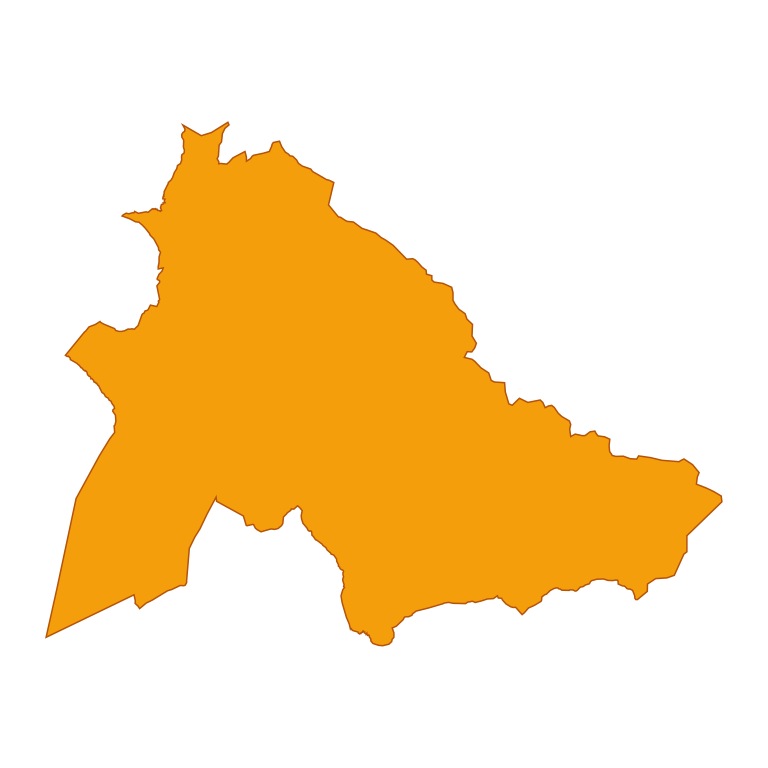 the district of Kwaebibirem, Eastern, Ghana
{"feature_id": "2480657B54074930978119", "entity_name": "Kwaebibirem", "entity_type": "district", "adm_level": 2, "iso_a3": "GHA", "parent_name": "Ghana", "parent_adm1": "Eastern", "projection": "mercator", "projection_center": [-0.887, 6.234], "detail": "fine", "context": "isolated", "style": "filled", "palette": "amber", "viewbox_px": 768, "rotation_deg": 0, "n_neighbors": 0, "source": "geoboundaries", "source_scale": "gbopen_adm2", "svg_char_len": 6096}
<svg xmlns="http://www.w3.org/2000/svg" viewBox="0 0 768 768"><path d="M465.1,313.7L458.8,309.2L454.9,303.9L453.0,300.4L453.0,292.7L451.7,287.3L443.0,283.4L434.2,282.1L431.9,280.1L431.8,275.7L426.5,274.2L426.1,270.2L422.0,267.1L417.6,262.1L415.0,259.8L412.8,258.7L406.6,259.2L393.2,245.4L385.5,240.0L381.2,237.6L375.9,233.1L361.9,228.3L353.4,222.0L347.4,221.4L345.4,220.5L340.6,217.3L338.4,216.9L328.5,204.9L333.8,182.5L329.0,180.2L326.5,179.6L312.5,171.5L310.8,169.1L302.3,166.1L298.5,163.4L296.6,160.0L292.8,156.3L289.9,155.8L288.6,154.2L285.3,152.1L281.7,146.7L279.5,141.2L273.3,142.5L272.1,144.3L271.6,146.4L269.3,151.5L263.4,153.2L253.5,155.3L252.2,156.2L250.5,158.6L246.5,161.2L246.4,157.0L245.0,151.5L233.0,157.8L229.0,162.2L226.7,164.1L221.1,163.5L218.7,163.7L218.9,161.9L217.1,158.7L218.4,156.2L219.1,145.2L221.5,141.9L222.4,133.7L224.9,128.4L229.0,124.9L227.9,122.3L211.5,132.5L201.3,135.7L182.8,125.0L185.0,129.1L184.6,131.4L182.9,132.5L181.7,134.5L181.9,137.3L183.5,139.8L183.7,140.7L183.4,147.0L184.4,150.2L184.1,153.0L181.9,154.7L181.5,157.0L181.7,160.0L180.4,163.6L177.5,165.5L176.7,168.8L174.3,172.6L172.6,177.5L170.9,180.2L168.3,182.5L168.4,183.1L164.1,191.8L164.2,193.4L163.5,195.3L164.0,196.1L163.0,196.9L162.8,198.8L165.0,199.1L164.2,201.0L165.1,202.7L163.1,202.9L163.3,203.7L162.8,204.3L161.7,204.4L161.3,204.8L160.5,207.9L161.6,210.5L160.7,210.7L160.4,211.3L158.9,210.4L157.8,210.5L156.9,209.1L156.4,209.6L155.8,209.4L155.4,208.7L154.8,209.1L153.9,208.7L153.3,209.3L152.3,208.8L148.0,212.4L146.2,211.8L138.3,213.3L134.6,211.4L134.0,212.8L132.2,212.8L128.9,213.8L126.2,213.2L123.3,214.8L122.1,216.0L130.0,218.9L135.5,221.8L138.9,222.2L142.3,225.1L145.2,228.1L149.6,233.7L150.0,235.0L153.9,239.0L158.4,247.4L158.7,249.9L160.5,252.2L159.1,256.8L159.0,262.6L158.2,266.5L158.2,269.0L163.2,267.9L162.0,271.1L159.0,274.3L157.1,278.7L157.3,279.5L159.3,280.5L159.7,281.1L159.6,282.4L156.9,285.9L159.6,299.4L159.5,299.9L158.3,301.1L158.9,302.1L156.8,306.5L150.4,305.1L148.1,309.7L146.6,310.6L145.1,310.9L143.9,313.2L142.5,313.9L141.9,314.8L138.1,325.6L134.3,329.2L131.8,328.8L129.9,329.2L128.2,329.0L124.5,330.8L121.6,331.4L119.0,331.4L115.7,330.5L114.6,328.6L103.9,324.2L100.8,322.5L100.0,321.5L95.5,324.4L89.0,326.9L85.7,331.1L84.4,332.1L65.4,355.3L67.2,356.5L68.2,356.1L70.1,357.9L70.4,359.6L76.9,363.3L78.6,365.0L79.2,365.2L81.0,367.7L82.0,368.0L83.3,369.8L85.0,371.0L85.4,370.6L86.8,371.9L87.6,374.8L89.0,376.2L89.7,376.3L90.7,377.5L90.9,378.9L92.0,378.7L93.7,380.6L93.8,381.8L95.3,382.6L95.7,382.4L96.3,383.6L97.3,384.0L97.8,385.2L98.6,385.6L102.0,392.5L104.1,393.9L105.5,396.6L108.2,398.2L109.2,400.2L110.9,401.1L112.2,403.9L113.9,406.0L114.6,408.4L113.0,409.7L112.7,411.2L115.4,415.1L115.9,421.1L115.0,424.9L114.1,425.9L114.7,432.4L109.7,438.9L99.6,455.4L76.1,498.5L56.9,588.8L46.1,637.3L134.0,594.8L135.3,600.8L135.1,603.4L138.1,606.2L139.6,608.6L146.3,603.0L152.1,600.2L167.5,590.8L171.5,589.6L180.2,585.5L183.9,585.7L185.3,585.1L186.7,582.4L186.6,580.9L189.3,548.4L194.7,537.3L200.0,528.8L207.0,514.2L216.1,497.1L216.6,501.3L243.4,516.0L246.2,525.3L247.0,525.7L252.8,524.4L253.6,524.7L255.4,528.2L257.2,529.7L261.0,531.8L270.0,529.2L271.6,529.0L274.7,529.4L278.1,528.5L281.5,525.7L282.8,523.5L283.5,516.9L286.4,514.1L287.3,512.8L290.7,510.4L291.2,509.0L293.9,509.1L297.6,505.8L299.7,507.6L302.2,510.6L301.2,515.7L301.5,518.6L302.9,523.2L307.0,528.1L307.9,530.0L308.8,530.9L309.9,531.2L310.9,530.9L311.6,531.7L312.0,535.3L313.2,536.3L315.5,539.7L316.9,540.3L322.2,544.2L323.0,545.5L325.8,547.5L327.2,550.0L330.6,553.0L331.1,554.1L333.7,555.0L336.5,559.0L336.8,561.5L338.4,564.6L338.4,566.2L339.3,566.8L340.2,568.7L341.4,569.7L342.8,570.1L343.6,571.4L342.9,572.9L343.0,574.8L343.6,577.0L342.8,578.7L342.8,580.6L344.1,584.8L343.6,586.6L344.5,587.4L342.8,589.7L341.0,595.8L342.2,602.9L346.4,617.3L349.2,623.9L350.4,628.9L350.7,628.4L351.2,628.6L352.4,630.4L358.0,632.1L358.2,633.0L359.5,633.9L360.2,633.2L360.8,633.6L361.6,632.4L362.4,632.4L362.8,631.2L363.6,631.1L364.1,632.0L364.6,632.1L364.3,632.7L366.0,634.0L366.5,633.5L366.3,634.5L367.1,634.2L367.6,635.4L368.7,635.0L369.3,635.8L369.2,636.7L370.8,638.9L370.9,641.0L373.0,643.5L378.5,645.3L382.7,645.7L388.9,644.2L391.7,641.6L392.1,639.4L393.9,637.3L393.9,632.8L392.2,628.0L396.4,626.1L403.2,619.6L404.2,617.6L405.2,616.8L408.4,616.8L411.9,615.3L412.4,614.0L416.1,611.1L428.8,607.9L443.4,603.6L444.3,603.0L448.7,602.4L453.1,603.3L465.5,603.6L467.9,602.0L470.2,601.8L471.7,601.3L472.9,601.4L475.2,602.5L481.5,600.9L487.3,599.0L493.4,598.6L497.4,595.8L498.3,598.0L501.6,598.3L502.7,600.3L506.0,603.9L510.7,606.8L513.5,607.5L515.6,607.3L522.1,614.6L524.4,612.7L528.5,608.0L534.3,605.4L541.0,601.4L541.6,600.2L541.8,597.0L544.7,594.7L546.4,594.2L550.2,590.5L554.0,588.5L556.9,587.8L558.2,588.2L558.9,588.9L560.3,589.1L561.8,590.2L569.3,590.4L570.0,589.8L573.2,590.0L575.1,591.1L576.4,590.9L577.4,590.2L580.3,587.1L583.1,586.6L585.6,584.9L588.8,584.0L589.5,583.6L590.5,581.6L591.6,580.7L596.9,579.2L603.6,579.0L608.0,580.4L612.8,580.6L615.2,580.1L617.6,580.2L618.0,581.1L618.2,584.0L622.4,585.9L624.3,586.1L625.4,586.8L626.6,588.3L627.9,589.0L630.1,589.1L632.6,590.4L634.6,595.5L634.9,598.2L635.7,599.5L637.4,599.6L647.3,591.4L647.5,584.0L655.7,578.6L666.9,577.9L674.3,575.3L683.9,554.1L686.9,551.8L686.9,535.7L721.9,501.8L721.2,496.0L714.3,491.9L706.7,488.2L696.4,484.2L697.3,477.1L699.1,472.6L692.6,464.7L684.0,459.0L680.8,460.5L679.0,461.7L661.8,460.3L650.5,457.6L638.6,455.9L636.7,459.1L630.2,458.7L623.3,456.2L615.8,456.4L612.3,455.5L609.6,451.4L609.1,445.8L609.8,439.2L604.6,436.8L598.0,435.9L596.1,433.5L594.9,431.1L590.1,431.8L585.2,435.5L582.5,435.7L575.2,434.1L570.7,436.6L569.7,429.2L570.7,424.5L569.4,421.0L561.9,416.6L558.2,413.2L554.3,407.5L551.7,405.4L548.4,406.0L545.2,407.7L542.8,402.5L540.2,400.0L527.9,402.4L519.4,398.3L512.2,405.3L508.8,403.8L505.3,391.9L504.6,382.7L494.4,382.0L491.2,380.4L488.7,372.9L481.0,367.9L474.9,361.5L472.1,359.3L464.3,357.4L467.2,351.7L471.8,351.9L474.7,348.0L476.4,343.3L472.0,336.0L472.5,324.4L466.9,319.1L465.1,313.7Z" fill="#f59e0b" stroke="#b45309" stroke-width="1.5"/></svg>